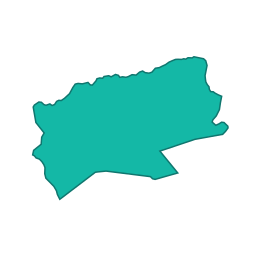 outline of Minas do Leão, Rio Grande do Sul, Brazil, rotated 71°
{"feature_id": "56859067B4041137923499", "entity_name": "Minas do Leão", "entity_type": "district", "adm_level": 2, "iso_a3": "BRA", "parent_name": "Brazil", "parent_adm1": "Rio Grande do Sul", "projection": "robinson", "projection_center": [-52.102, -30.074], "detail": "fine", "context": "isolated", "style": "filled", "palette": "teal", "viewbox_px": 256, "rotation_deg": 71, "n_neighbors": 0, "source": "geoboundaries", "source_scale": "gbopen_adm2", "svg_char_len": 1394}
<svg xmlns="http://www.w3.org/2000/svg" viewBox="0 0 256 256"><g transform="rotate(71 128 128)"><path d="M164.8,40.5L162.9,36.8L160.5,33.4L158.8,33.0L154.1,35.4L153.0,37.6L153.7,40.6L154.0,44.1L149.8,46.5L147.9,45.1L145.3,40.6L140.4,35.6L134.2,32.4L128.5,29.1L126.0,31.9L123.3,34.4L121.5,35.6L120.5,38.0L118.0,38.5L115.3,38.0L112.9,38.9L109.8,39.4L107.1,38.9L103.6,38.1L94.6,32.9L89.7,32.6L87.1,34.0L82.1,42.5L82.6,44.5L81.1,48.4L81.7,51.0L80.7,52.7L80.6,55.0L79.3,58.4L78.6,60.8L78.8,64.4L79.1,67.9L80.3,71.8L80.7,75.9L81.1,78.7L80.4,82.7L83.0,87.2L83.0,90.3L81.2,93.8L78.9,95.6L78.9,98.8L80.6,103.1L78.9,106.8L79.5,111.1L79.4,113.4L77.8,116.5L77.4,119.3L75.1,119.9L73.3,122.4L74.1,127.3L72.3,129.2L71.5,133.9L72.7,135.8L71.5,138.4L71.3,141.3L73.0,142.9L75.8,147.7L75.0,149.6L71.9,151.0L71.4,156.8L69.6,160.7L69.3,163.6L71.7,166.9L76.5,172.1L79.3,178.5L80.3,182.2L79.3,184.4L79.6,186.8L81.9,189.8L82.0,192.5L79.8,194.0L79.8,198.1L78.6,199.8L75.5,201.5L74.4,203.8L75.8,209.0L77.3,210.8L92.8,213.3L105.4,208.9L108.6,212.6L115.1,215.4L118.4,224.5L122.4,226.9L123.9,225.5L126.3,224.7L128.6,221.9L131.7,220.4L135.3,219.5L138.5,219.4L144.1,221.6L148.7,222.0L159.0,217.1L164.1,216.1L167.8,216.4L173.2,215.7L159.2,173.3L159.7,170.8L161.6,162.8L181.3,122.6L184.0,121.3L185.4,119.1L186.0,108.1L186.7,95.6L160.2,105.4L160.5,68.4L164.8,40.5Z" fill="#14b8a6" stroke="#0f766e" stroke-width="1.5"/></g></svg>